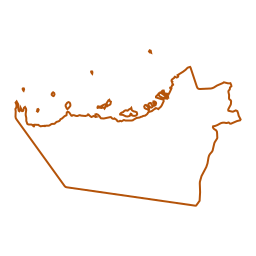 outline of Abu Dhabi
{"feature_id": "ARE-349", "entity_name": "Abu Dhabi", "entity_type": "Emirate", "adm_level": 1, "iso_a3": "ARE", "parent_name": "United Arab Emirates", "parent_adm1": "", "projection": "robinson", "projection_center": [53.623, 23.935], "detail": "fine", "context": "isolated", "style": "outline", "palette": "amber", "viewbox_px": 256, "rotation_deg": 0, "n_neighbors": 0, "source": "natural_earth", "source_scale": "10m", "svg_char_len": 5801}
<svg xmlns="http://www.w3.org/2000/svg" viewBox="0 0 256 256"><path d="M230.4,83.2L231.2,85.0L231.4,86.2L230.0,87.5L229.7,89.5L228.9,90.3L228.4,91.2L228.5,92.4L229.1,94.9L229.0,98.1L229.2,99.0L229.5,99.4L230.6,100.2L230.9,100.7L231.1,101.2L230.9,104.0L230.6,104.9L228.6,108.6L228.2,109.7L228.3,110.6L228.9,110.9L232.1,111.6L232.9,111.7L235.8,110.4L237.3,111.1L238.1,113.2L238.7,115.8L240.6,119.4L240.1,120.3L236.9,121.1L230.9,123.7L230.0,123.6L228.7,122.5L227.8,122.7L226.9,123.0L226.1,123.0L224.5,122.7L222.8,122.7L221.3,123.0L220.0,123.6L217.5,125.0L215.3,125.9L213.1,126.3L212.9,127.2L213.4,128.3L214.2,129.1L216.1,130.3L216.9,131.6L217.1,133.3L217.3,137.8L217.1,138.5L214.7,142.3L214.3,143.3L212.6,150.6L211.9,151.8L210.0,154.0L209.1,155.5L208.5,157.5L207.5,163.4L206.3,167.0L201.5,176.1L199.9,181.8L199.8,183.5L200.1,192.2L199.6,200.8L196.2,205.5L195.4,205.7L66.8,187.3L65.5,186.9L64.5,185.9L16.6,119.5L15.8,118.2L15.5,116.6L15.7,111.3L15.4,109.0L16.4,107.4L16.5,104.8L15.6,102.6L16.6,101.4L17.1,102.4L18.1,104.1L18.4,105.3L18.3,108.7L18.7,110.8L19.4,111.3L20.1,110.4L20.6,107.7L21.0,108.5L21.5,110.3L21.8,110.9L22.0,111.1L22.5,111.1L22.9,111.0L23.2,110.7L23.3,110.4L23.1,110.3L24.0,107.8L25.0,107.0L26.0,108.7L26.2,110.0L25.7,113.7L25.7,115.1L26.3,118.0L26.3,120.7L26.4,121.3L26.9,122.5L27.0,123.1L27.5,124.1L28.7,124.5L31.2,124.5L31.8,124.7L32.3,125.0L33.6,126.3L34.0,126.3L34.1,126.0L33.8,125.5L33.7,124.9L34.8,124.7L37.7,124.9L38.1,124.8L38.4,124.9L39.1,125.5L40.6,126.3L43.2,125.9L44.1,126.1L44.6,125.8L45.1,126.1L45.9,125.7L48.6,125.7L49.5,125.4L51.4,124.1L52.3,123.9L53.9,123.9L54.6,123.7L56.5,121.9L58.0,121.5L59.0,121.1L59.8,120.5L60.5,119.2L62.0,118.5L64.3,116.4L65.2,115.8L65.9,115.6L66.5,115.2L66.8,112.4L67.8,111.8L68.7,112.1L69.5,112.9L71.3,115.6L71.9,115.8L72.3,115.4L72.7,115.2L73.9,115.2L76.0,115.9L77.1,116.0L77.7,115.9L79.4,115.2L79.9,115.2L81.1,115.6L85.4,116.0L87.7,115.2L88.0,115.0L88.1,114.4L88.4,114.4L88.7,114.6L89.1,115.2L90.6,116.5L91.5,117.0L93.6,116.0L94.6,116.4L95.6,117.0L96.4,116.8L95.7,116.4L95.5,115.8L95.4,114.4L96.5,114.1L97.9,114.7L99.1,115.8L99.9,116.8L100.6,118.0L101.0,118.3L103.8,118.5L110.4,117.1L110.8,117.1L111.2,117.4L111.9,118.2L112.5,118.6L113.2,118.8L114.0,118.8L114.5,118.4L115.5,119.2L116.5,119.7L117.3,121.0L117.7,121.3L118.1,121.4L119.3,121.3L120.1,120.8L121.5,121.3L123.9,120.0L125.4,120.5L131.6,120.5L132.8,120.3L133.4,119.8L136.5,118.0L139.7,117.5L140.7,116.9L141.8,116.7L143.1,116.0L145.2,115.6L146.8,114.4L147.6,113.5L148.0,112.6L148.5,112.1L151.8,111.1L154.5,109.0L155.0,108.9L155.4,108.2L156.4,108.2L158.4,109.1L158.8,108.5L160.7,106.9L161.7,105.5L163.7,101.2L163.4,99.7L163.5,99.0L164.4,98.6L163.7,98.2L163.7,97.8L164.5,97.8L165.7,98.5L166.5,98.6L166.1,97.9L165.3,96.8L165.1,96.1L167.4,97.1L167.9,97.8L168.2,97.8L168.0,96.2L167.1,95.7L165.7,95.6L164.4,95.3L161.4,93.2L160.2,92.9L160.2,92.5L160.8,92.4L161.4,91.9L161.9,91.3L162.2,92.1L162.6,92.5L162.5,91.9L162.7,91.4L163.3,90.5L163.7,90.5L164.1,92.1L165.0,93.7L166.3,94.7L167.5,94.5L166.4,93.7L167.0,93.7L168.1,94.1L168.6,94.1L169.2,93.1L169.4,92.9L171.3,88.8L170.5,88.5L170.1,87.9L170.3,87.5L171.1,87.3L171.7,86.9L171.8,86.1L172.1,85.3L173.1,84.8L173.1,84.4L172.6,84.1L172.0,82.0L172.3,81.6L171.5,80.9L171.7,79.9L172.1,79.4L174.1,77.9L174.6,77.0L174.9,76.7L176.5,77.5L177.3,77.3L178.0,76.8L178.3,76.0L177.6,75.1L183.1,71.7L185.6,69.8L187.1,68.2L188.1,67.5L190.1,66.9L190.5,67.5L196.8,86.5L197.3,87.7L198.0,88.5L198.9,88.9L200.0,89.0L210.8,88.5L212.2,88.2L213.7,87.6L217.1,85.5L222.7,83.1L223.9,82.3L227.9,83.3L229.9,83.3L230.4,83.2ZM122.9,114.9L120.7,114.7L120.1,114.5L120.1,114.0L120.8,113.2L121.5,112.7L123.3,112.0L124.2,111.0L124.9,110.6L125.7,110.3L126.2,110.3L127.3,110.7L127.7,110.6L128.9,109.5L130.8,108.5L131.3,107.9L131.5,108.6L131.3,109.1L132.0,110.3L133.5,111.3L135.3,111.7L136.7,112.3L137.2,114.0L136.5,115.3L134.9,115.9L133.1,115.8L131.6,115.2L131.7,114.6L131.3,113.9L130.7,113.7L130.2,114.8L130.6,115.2L129.2,116.1L127.5,116.5L125.8,116.3L122.9,114.9ZM104.5,108.6L103.8,107.7L103.1,107.6L102.2,107.1L101.7,108.0L99.0,107.6L97.6,107.9L97.5,107.6L97.5,107.2L97.9,106.4L98.0,106.3L99.9,106.7L100.4,106.6L101.7,106.0L102.3,105.5L104.9,104.3L105.3,104.3L105.8,105.3L106.3,105.5L106.8,105.3L106.9,104.7L106.8,104.0L106.5,103.4L108.4,100.4L109.3,99.8L109.7,101.0L110.9,101.7L110.5,104.0L109.9,104.7L107.9,105.7L106.9,106.4L105.7,106.5L105.0,107.1L105.0,107.8L104.5,108.6ZM65.7,104.9L67.1,102.9L68.4,102.1L69.5,102.5L70.1,103.4L70.4,105.0L70.3,105.9L69.2,107.4L67.4,109.2L66.7,108.4L65.6,106.0L65.7,104.9ZM160.9,99.0L156.0,97.4L156.0,96.5L158.1,94.4L158.8,93.3L159.1,93.3L158.8,94.5L159.1,95.6L160.0,96.4L161.9,97.4L162.9,98.4L162.9,99.1L162.2,99.3L160.9,99.0ZM148.7,110.7L148.2,109.7L147.1,109.2L145.8,108.8L144.7,108.1L144.2,106.6L144.8,105.3L145.9,104.9L146.6,105.5L148.6,107.8L149.1,109.2L148.7,110.7ZM152.5,106.8L152.1,107.2L151.2,107.6L150.6,107.5L150.3,107.4L149.4,106.3L148.3,105.6L148.1,105.2L148.4,104.3L148.7,103.7L149.3,103.3L150.1,103.0L150.8,103.0L151.8,104.9L152.9,106.3L152.5,106.8ZM53.1,92.3L54.2,93.1L54.5,94.5L53.9,95.8L53.3,96.1L52.5,95.6L51.7,94.8L51.7,94.0L52.5,92.7L53.1,92.3ZM155.6,102.1L156.0,102.7L156.1,103.5L155.5,105.2L154.7,105.6L153.3,103.0L153.2,102.6L153.5,102.6L154.1,102.7L154.8,103.2L154.9,102.9L154.7,102.6L154.0,102.0L153.8,101.4L154.5,101.4L155.6,102.1ZM149.7,50.3L150.7,50.7L151.1,52.7L150.5,52.4L149.8,52.4L149.0,51.4L149.7,50.3ZM37.5,109.2L38.1,109.0L38.6,109.6L38.4,110.1L38.5,110.3L38.2,111.1L37.7,111.7L37.0,111.2L37.2,110.8L37.2,110.2L37.5,109.2ZM91.3,71.4L92.2,71.5L92.4,72.5L92.2,73.7L91.9,73.4L91.8,73.1L91.4,72.6L91.1,71.8L91.3,71.4ZM23.3,88.3L23.9,88.7L24.1,89.3L23.6,90.8L23.3,90.5L23.3,89.7L23.4,89.4L23.2,89.5L23.2,89.0L23.0,89.4L22.7,89.2L22.7,88.6L23.1,88.3L23.3,88.3Z" fill="none" stroke="#b45309" stroke-width="2"/></svg>